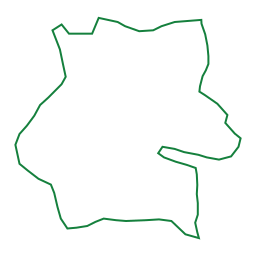 Kalopsida, Cyprus (Mercator projection)
{"feature_id": "46923920B75029215318719", "entity_name": "Kalopsida", "entity_type": "district", "adm_level": 2, "iso_a3": "CYP", "parent_name": "Cyprus", "parent_adm1": "", "projection": "mercator", "projection_center": [33.806, 35.103], "detail": "fine", "context": "isolated", "style": "outline", "palette": "green", "viewbox_px": 256, "rotation_deg": 0, "n_neighbors": 0, "source": "geoboundaries", "source_scale": "gbopen_adm2", "svg_char_len": 1006}
<svg xmlns="http://www.w3.org/2000/svg" viewBox="0 0 256 256"><path d="M98.7,17.9L92.1,33.7L80.6,33.7L69.0,33.7L61.6,24.5L52.5,30.3L59.9,49.4L63.2,65.2L65.7,76.8L61.6,84.2L48.4,97.5L40.1,105.0L34.3,115.7L26.9,125.7L19.5,134.0L15.4,144.8L19.5,163.8L27.7,170.5L38.5,178.8L50.9,184.6L54.2,192.9L57.5,207.0L60.8,218.6L67.4,228.5L76.4,227.7L87.2,226.0L95.4,221.9L103.7,218.6L116.1,220.2L126.0,221.0L145.8,220.2L159.0,219.4L171.4,221.0L185.4,234.3L198.9,238.1L197.3,232.3L195.2,222.7L197.8,214.7L197.8,203.1L196.8,194.1L197.3,185.0L196.8,174.4L195.7,168.0L186.8,164.9L175.7,161.7L164.0,157.4L158.2,153.2L162.5,146.8L174.6,148.9L184.1,152.1L198.4,154.8L206.8,157.4L219.0,159.6L231.1,156.4L238.5,146.8L240.6,138.3L234.8,133.6L225.3,122.9L227.4,115.0L217.4,103.8L205.2,95.3L199.4,91.6L200.0,86.3L202.6,76.2L205.8,70.4L208.4,64.0L208.4,56.1L207.4,45.5L205.2,34.3L201.5,23.7L201.3,19.9L174.7,22.0L161.5,26.2L153.2,30.3L139.2,31.2L125.1,26.2L117.7,22.0L98.7,17.9Z" fill="none" stroke="#15803d" stroke-width="2"/></svg>